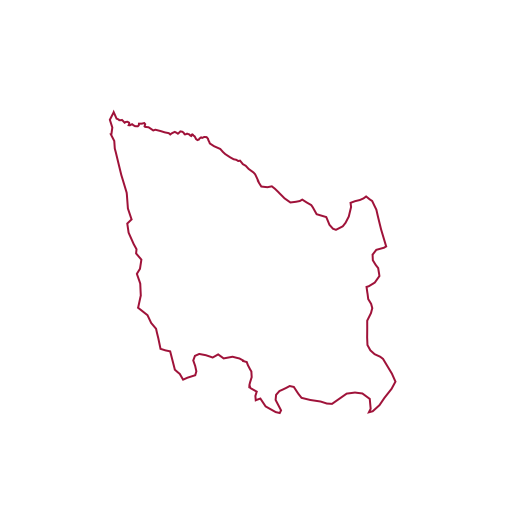 the district of Yeallequelleh, Bong, Liberia, rotated 156°
{"feature_id": "62588387B10021882083615", "entity_name": "Yeallequelleh", "entity_type": "district", "adm_level": 2, "iso_a3": "LBR", "parent_name": "Liberia", "parent_adm1": "Bong", "projection": "equal_earth", "projection_center": [-9.69, 6.817], "detail": "fine", "context": "isolated", "style": "outline", "palette": "rose", "viewbox_px": 512, "rotation_deg": 156, "n_neighbors": 0, "source": "geoboundaries", "source_scale": "gbopen_adm2", "svg_char_len": 3721}
<svg xmlns="http://www.w3.org/2000/svg" viewBox="0 0 512 512"><g transform="rotate(156 256 256)"><path d="M327.5,445.3L327.9,444.9L334.1,439.9L335.0,431.8L338.5,426.2L339.1,426.3L338.7,418.7L339.0,417.9L341.3,411.6L341.9,407.8L344.8,392.0L346.1,384.8L346.8,379.1L348.4,366.5L349.0,364.6L353.7,351.5L354.8,340.0L355.2,339.9L360.4,338.0L362.9,329.1L362.9,317.3L362.9,316.7L362.4,310.8L364.5,307.1L362.2,299.3L363.4,297.4L367.2,291.5L371.6,288.5L372.1,288.1L372.8,279.7L373.0,277.8L377.4,266.6L377.9,266.0L384.2,257.4L384.8,256.7L379.2,246.1L379.0,237.4L376.9,230.2L377.7,226.2L378.7,220.6L381.0,210.0L380.6,209.7L380.2,209.3L379.7,208.9L377.1,206.6L373.2,203.8L376.3,185.5L376.4,185.2L375.4,183.0L374.9,181.9L373.6,179.3L372.9,172.7L371.3,172.7L371.0,172.7L368.1,172.7L360.0,171.8L357.4,174.9L356.3,180.2L355.8,186.1L352.4,189.6L348.0,189.6L347.7,189.6L342.2,185.8L338.8,182.7L336.9,180.9L334.5,181.1L330.6,181.5L327.2,175.6L318.4,173.5L315.0,170.8L312.8,169.1L310.2,165.7L310.5,165.3L307.6,162.9L307.8,159.5L307.5,154.8L307.2,152.4L309.2,147.1L312.8,143.0L314.5,140.8L315.1,139.6L314.6,139.7L314.9,137.7L310.5,131.8L313.5,128.4L314.9,124.3L314.0,124.3L310.0,124.0L308.4,114.7L305.9,111.3L301.5,105.4L298.2,102.9L295.9,104.8L296.6,115.9L296.6,116.6L294.1,121.0L289.5,123.1L286.3,123.1L282.3,123.2L278.1,123.5L274.7,121.0L273.7,114.8L273.3,112.6L272.1,107.9L265.0,102.4L256.2,96.8L252.6,93.6L251.3,92.4L246.7,90.0L229.1,93.4L225.5,92.3L221.1,91.0L219.0,89.7L214.8,87.2L214.6,86.9L213.8,85.5L210.2,79.2L213.4,69.8L216.4,67.3L212.5,66.7L203.9,69.5L196.3,74.2L186.2,79.5L179.7,84.5L179.7,92.0L179.7,93.2L181.8,110.3L182.8,112.2L183.7,113.7L185.5,115.7L187.6,118.1L189.9,123.3L190.4,129.3L187.6,136.4L186.4,139.0L185.4,141.2L183.9,144.5L180.7,151.7L174.4,156.9L174.0,157.3L171.3,160.7L171.0,161.0L170.3,165.4L171.0,171.0L169.5,176.0L169.2,177.2L167.6,182.8L165.3,182.5L158.3,183.4L151.4,187.5L150.8,189.6L149.3,195.3L149.8,197.2L150.3,199.3L151.0,204.6L148.9,209.9L148.6,210.0L143.6,212.7L135.7,211.5L133.2,211.8L130.9,229.5L129.5,237.3L128.4,243.3L127.2,249.4L127.4,254.8L127.4,255.1L127.5,259.0L129.1,261.5L130.2,263.7L131.2,265.6L132.9,265.2L134.4,264.9L138.3,264.9L141.6,265.5L143.2,265.8L148.0,266.1L149.2,262.1L152.9,257.3L155.2,254.3L160.7,249.9L164.3,248.0L164.9,247.8L172.3,247.4L174.6,249.6L176.2,254.6L176.0,261.5L176.0,263.0L183.6,269.5L183.7,270.4L184.3,277.2L184.8,280.0L185.3,280.7L188.0,284.4L190.8,288.7L193.6,288.4L197.5,289.3L202.8,290.9L206.5,297.1L207.7,300.3L209.1,303.9L209.5,305.1L211.4,309.8L213.2,313.2L217.6,314.2L221.2,316.3L222.9,317.3L223.5,321.4L223.7,323.6L223.4,323.6L223.5,329.9L223.6,331.2L224.3,333.3L227.3,338.5L228.7,342.6L230.7,345.3L230.9,346.3L231.8,349.6L233.6,350.0L234.9,351.9L237.1,353.5L239.5,356.7L242.6,361.5L243.9,364.5L245.1,368.3L249.7,373.4L252.4,377.6L252.3,379.1L252.4,381.0L252.2,382.7L252.8,384.7L254.9,385.8L257.2,385.8L257.9,386.7L259.8,386.3L260.9,385.6L261.9,385.7L262.3,385.7L263.2,387.2L263.3,389.3L263.4,390.3L264.3,391.7L264.3,392.4L264.7,393.0L265.3,393.0L266.0,392.3L266.4,392.0L267.1,392.9L267.5,394.2L268.4,395.0L269.2,395.8L270.8,395.8L271.7,396.2L272.0,398.1L272.8,399.5L274.4,400.6L275.1,400.3L276.5,399.8L277.6,399.5L278.4,400.8L279.7,402.4L281.6,402.4L283.4,402.3L284.9,401.9L285.7,403.7L289.0,406.0L290.8,407.6L292.4,409.0L296.6,412.3L298.8,412.5L300.2,414.8L301.8,417.3L304.7,419.0L305.1,419.7L303.6,421.5L304.0,422.9L305.2,423.1L306.7,423.4L309.1,424.5L309.9,423.1L311.1,422.6L311.3,422.6L313.7,423.8L314.8,425.3L315.6,426.8L318.1,426.7L319.1,427.3L318.0,428.3L317.7,429.4L318.8,430.9L320.4,431.4L321.8,431.2L322.5,433.3L323.1,434.8L323.9,434.9L325.7,435.7L326.0,436.6L327.5,438.2L327.5,445.3Z" fill="none" stroke="#9f1239" stroke-width="2"/></g></svg>